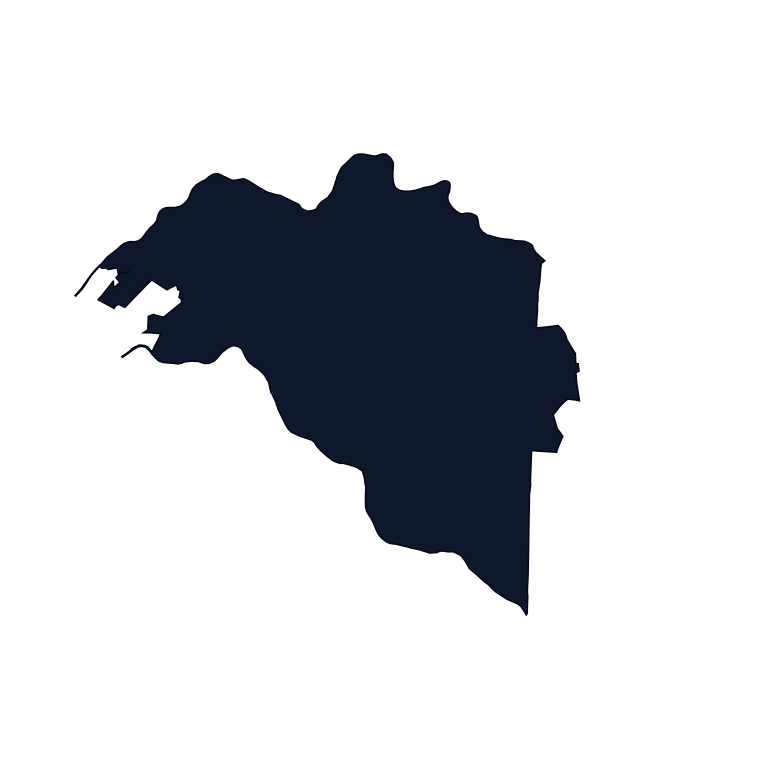 outline of Ceraukstes pag., Bauska, Latvia, rotated 325°
{"feature_id": "27541924B26132540947548", "entity_name": "Ceraukstes pag.", "entity_type": "district", "adm_level": 2, "iso_a3": "LVA", "parent_name": "Latvia", "parent_adm1": "Bauska", "projection": "mercator", "projection_center": [24.276, 56.363], "detail": "fine", "context": "isolated", "style": "filled", "palette": "ink", "viewbox_px": 768, "rotation_deg": 325, "n_neighbors": 0, "source": "geoboundaries", "source_scale": "gbopen_adm2", "svg_char_len": 6123}
<svg xmlns="http://www.w3.org/2000/svg" viewBox="0 0 768 768"><g transform="rotate(325 384 384)"><path d="M181.6,134.3L182.0,135.3L183.2,134.9L189.9,133.5L192.1,132.9L196.4,131.3L199.7,129.9L200.6,129.6L202.8,128.7L206.3,127.3L211.5,126.0L215.0,125.2L217.1,124.8L218.4,124.8L219.2,127.4L222.8,129.5L223.8,131.8L223.7,132.0L232.0,135.9L229.7,140.8L230.0,141.1L230.9,141.7L231.8,142.2L232.7,142.7L233.6,143.1L237.5,144.8L238.1,145.0L238.8,145.2L239.5,145.2L239.5,145.5L238.6,145.4L238.2,145.3L237.8,145.2L237.3,145.0L233.5,143.4L232.6,143.0L231.6,142.5L231.1,142.1L230.5,141.8L225.4,143.3L225.9,149.3L217.9,150.3L220.2,146.4L220.9,145.1L221.3,144.6L221.2,144.4L220.6,144.6L216.5,145.8L215.6,146.1L212.3,147.1L211.0,147.5L209.5,147.9L207.6,148.5L206.2,148.8L206.0,149.1L198.1,151.0L206.3,167.3L208.9,166.1L212.4,166.6L215.6,172.6L244.6,167.0L253.4,165.6L260.2,182.3L263.4,182.7L265.4,182.9L267.0,183.3L269.8,183.7L270.8,184.2L269.2,188.5L270.9,190.6L265.8,195.5L265.7,195.6L266.6,197.7L265.3,201.2L241.7,202.8L236.3,196.6L235.1,194.8L229.7,193.4L222.8,202.5L221.6,204.1L218.0,204.1L216.2,204.0L217.2,204.8L218.3,205.5L219.7,206.4L221.8,208.0L225.6,211.1L230.1,214.7L227.8,216.0L226.8,216.8L216.5,222.2L212.4,224.8L212.1,222.3L211.7,217.8L211.2,217.0L209.8,214.9L208.6,214.0L208.0,213.4L207.4,212.9L206.7,212.3L205.6,211.7L205.1,211.5L203.8,211.4L202.6,211.2L201.5,210.8L201.2,210.8L200.3,210.7L199.1,210.5L198.5,210.6L198.0,210.6L197.6,210.6L197.1,210.7L196.4,210.8L196.2,210.9L194.9,211.1L194.6,211.1L193.8,211.1L193.0,211.3L192.6,211.1L191.9,211.1L191.1,211.3L188.2,211.1L187.9,211.1L185.6,211.1L185.0,211.1L184.9,212.2L188.0,212.3L196.0,212.1L201.2,212.3L204.0,212.6L207.1,214.1L209.0,216.4L210.1,217.9L211.0,222.9L211.1,226.8L211.7,231.9L212.7,236.0L215.3,239.6L219.9,243.5L223.2,246.1L226.6,249.3L230.4,251.0L232.7,251.4L234.1,251.9L240.4,255.5L242.1,257.0L243.5,258.0L244.7,258.8L248.5,264.1L252.9,266.9L258.1,267.8L260.1,267.6L267.2,265.8L270.1,265.2L276.7,264.9L281.0,265.6L283.2,266.6L286.3,270.2L287.5,273.6L285.9,283.2L285.8,286.3L286.0,289.6L288.0,295.9L289.2,298.6L289.8,300.6L291.1,307.2L290.5,316.4L287.7,323.0L286.5,326.2L286.6,327.4L285.2,335.8L282.7,344.3L280.0,361.2L279.8,366.3L280.4,370.0L283.0,374.8L285.9,379.5L290.1,385.1L292.7,388.7L293.6,392.4L293.3,394.9L293.4,398.0L294.1,402.9L295.9,410.6L298.0,417.2L299.9,420.4L302.3,423.7L304.7,425.2L308.5,429.5L313.9,436.6L316.4,443.0L314.0,449.9L311.3,454.9L309.9,458.2L305.8,463.5L303.7,466.4L301.1,470.1L298.4,474.1L297.7,475.8L296.7,478.7L296.2,487.1L295.7,491.2L295.0,494.2L293.8,499.7L293.3,503.3L293.4,508.0L294.7,512.6L295.7,515.3L297.3,517.8L299.7,520.1L301.7,521.9L309.4,530.5L310.5,531.9L312.2,534.0L317.9,540.0L320.6,543.6L323.0,546.6L324.4,548.7L330.7,552.4L334.2,553.1L337.0,555.1L340.0,558.0L344.3,561.0L348.3,567.7L348.8,570.6L348.9,575.7L348.1,584.3L350.0,591.0L351.5,597.9L353.1,604.5L354.5,608.3L355.0,612.4L356.3,618.5L361.5,631.3L367.3,640.7L368.6,644.5L368.3,652.8L368.0,654.8L369.6,654.2L374.5,647.7L376.3,645.3L377.5,643.6L379.6,641.0L380.9,638.7L381.6,637.4L385.2,632.5L387.9,629.1L391.1,624.9L393.4,621.9L401.6,610.6L408.6,601.0L412.0,596.2L415.6,591.3L416.3,590.3L426.7,575.9L433.0,567.4L439.9,557.8L440.6,557.0L442.4,555.1L447.0,549.8L447.3,548.8L454.5,539.3L461.3,530.3L466.8,523.2L471.6,527.3L472.5,528.0L486.3,539.0L487.9,537.3L492.8,534.2L500.5,529.4L500.4,522.3L500.4,519.7L505.0,506.2L507.8,505.5L515.0,503.4L516.7,502.9L522.2,502.0L522.4,502.0L525.6,501.9L525.8,501.7L531.0,506.3L534.5,509.9L542.9,492.8L544.3,490.5L547.4,485.4L547.7,485.1L548.2,484.9L548.7,484.8L550.9,485.4L551.1,485.3L551.4,485.0L551.6,484.5L553.1,481.7L554.2,479.5L554.7,478.8L552.8,477.3L558.3,468.7L558.3,467.7L558.4,465.0L559.4,451.7L560.2,450.4L561.2,445.9L561.2,442.1L560.9,439.6L560.2,436.0L550.6,430.9L547.3,429.0L544.5,427.5L541.1,425.5L542.6,423.5L548.2,416.4L551.1,412.8L554.5,408.2L555.7,406.2L557.5,404.5L562.9,397.1L564.7,395.3L566.6,393.3L570.4,389.4L578.9,379.0L582.0,375.7L582.7,375.2L582.8,375.3L583.1,375.4L583.6,375.5L584.2,375.5L584.7,375.5L585.1,375.4L585.4,375.1L586.4,375.3L583.8,363.7L583.8,359.6L585.0,356.0L584.6,353.8L582.6,350.1L580.6,347.3L577.8,345.1L573.5,341.8L570.9,338.5L567.5,335.6L564.6,333.3L560.9,329.4L557.3,324.9L554.0,321.1L552.2,316.5L551.8,313.1L552.0,309.9L553.2,307.3L554.4,305.0L555.6,302.2L556.1,299.6L555.5,298.0L553.4,294.6L551.2,292.5L548.6,290.8L546.0,289.7L544.2,288.2L542.4,284.2L541.3,279.4L541.1,273.0L542.6,268.6L544.6,266.1L547.9,264.0L551.0,260.6L552.8,257.9L553.1,255.9L552.3,254.4L550.8,252.7L549.2,251.8L547.1,251.1L543.5,250.6L539.7,250.2L536.0,249.0L533.2,247.8L529.6,246.0L525.7,245.0L521.4,243.5L516.3,241.2L511.1,237.7L508.3,234.7L506.6,231.7L506.1,229.7L506.4,227.4L507.5,224.1L509.8,219.9L512.1,216.5L514.6,213.4L517.5,209.7L518.7,207.5L519.1,203.2L518.5,199.7L517.6,197.0L515.7,195.4L514.3,194.4L511.3,193.5L509.0,192.9L507.2,192.0L504.5,189.6L502.6,187.5L498.5,183.4L495.0,181.1L492.4,180.1L490.2,179.7L487.2,180.1L482.1,181.0L478.9,181.5L474.1,182.1L470.8,183.5L464.9,186.9L461.8,189.4L453.2,196.0L450.1,197.3L444.9,199.0L438.9,198.9L435.3,199.2L430.6,200.8L429.7,201.8L427.5,201.6L424.5,200.7L420.7,198.7L418.8,195.8L417.3,193.5L417.2,192.3L417.3,190.0L417.0,187.6L414.5,183.1L412.4,179.4L410.2,175.3L407.7,170.7L406.2,169.0L403.9,166.6L400.8,162.8L399.3,161.0L397.6,158.3L396.1,154.9L394.4,151.5L392.1,145.9L389.0,138.9L386.8,135.4L385.4,134.7L381.4,132.8L379.5,132.0L378.0,131.1L376.2,129.6L375.1,127.8L373.6,124.9L371.3,121.2L370.3,119.1L368.6,116.5L365.7,114.7L363.7,114.0L359.1,113.8L357.3,114.1L354.3,114.2L350.5,113.5L344.6,113.2L340.9,113.9L337.5,115.1L334.1,117.4L330.7,119.7L326.6,121.2L322.5,121.6L320.2,121.6L318.0,121.2L314.1,119.6L309.8,116.6L306.3,114.4L302.9,113.7L299.7,114.0L297.1,115.1L295.7,116.1L290.9,120.2L286.7,121.4L282.7,121.8L277.8,122.9L271.1,125.3L267.2,126.0L264.0,125.6L261.3,124.4L257.9,121.9L255.6,120.8L251.5,119.8L247.8,119.9L241.6,120.7L236.9,120.9L230.0,121.3L227.4,121.9L222.2,123.3L217.6,123.9L212.6,124.9L207.3,126.3L201.8,128.2L197.9,129.5L191.2,132.0L185.4,133.5L181.6,134.3Z" fill="#0f172a" stroke="#020617" stroke-width="1.5"/></g></svg>